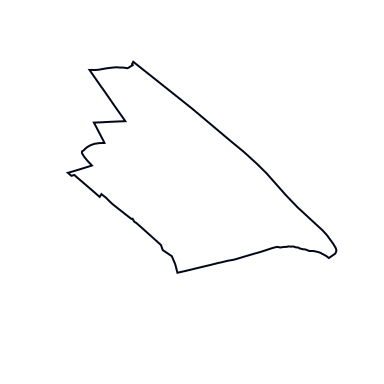 An Minh, Kiên Giang, Vietnam, rotated 124°
{"feature_id": "81297802B42244354568951", "entity_name": "An Minh", "entity_type": "district", "adm_level": 2, "iso_a3": "VNM", "parent_name": "Vietnam", "parent_adm1": "Kiên Giang", "projection": "equal_earth", "projection_center": [104.944, 9.672], "detail": "fine", "context": "isolated", "style": "outline", "palette": "ink", "viewbox_px": 384, "rotation_deg": 124, "n_neighbors": 0, "source": "geoboundaries", "source_scale": "gbopen_adm2", "svg_char_len": 2948}
<svg xmlns="http://www.w3.org/2000/svg" viewBox="0 0 384 384"><g transform="rotate(124 192 192)"><path d="M170.2,41.6L163.0,38.8L161.0,39.1L159.5,39.8L158.2,41.3L156.0,45.9L152.2,56.4L150.8,62.3L145.7,95.8L142.1,112.5L134.8,140.8L132.3,154.1L129.8,171.2L128.2,187.8L127.5,194.6L124.3,224.4L122.8,238.7L119.5,280.3L116.9,313.5L118.4,313.3L119.2,313.3L119.7,313.1L119.8,313.0L119.8,312.8L119.9,312.1L121.2,312.7L122.9,313.5L124.0,313.9L124.5,314.1L125.1,314.5L125.5,314.8L125.9,315.5L126.6,317.2L127.6,319.1L128.4,320.2L129.4,321.8L129.7,322.4L130.6,324.0L131.3,325.0L132.4,326.3L133.6,327.8L136.9,331.6L138.1,332.9L142.1,337.0L143.2,338.2L145.0,340.5L145.9,341.8L146.3,342.5L146.9,343.4L148.1,345.2L149.8,340.9L150.3,339.6L151.1,337.6L155.3,326.7L157.2,321.5L161.5,310.5L163.6,305.2L165.7,299.7L169.9,288.6L170.6,286.9L173.4,290.7L174.7,292.5L179.3,298.7L180.8,300.7L184.0,304.9L189.3,312.1L189.9,311.0L192.3,306.5L193.3,304.8L195.1,301.4L196.8,298.3L198.2,295.7L199.9,292.6L200.3,292.0L203.0,295.8L205.3,298.4L206.6,299.8L209.7,302.1L210.9,302.8L213.7,304.1L216.2,304.8L217.7,305.0L218.5,305.2L218.9,305.5L219.3,305.7L219.7,305.9L220.0,305.8L220.3,305.7L220.7,305.5L221.1,305.1L221.5,304.5L221.7,304.2L223.2,300.8L224.5,296.4L226.0,289.8L228.2,291.5L235.8,297.6L239.6,300.7L240.4,301.4L241.2,302.0L243.7,304.1L244.8,305.0L245.5,305.6L246.0,301.0L243.7,299.1L244.2,295.3L245.9,280.6L247.1,270.7L247.7,265.8L244.4,265.9L244.5,265.3L244.8,260.3L245.8,255.4L246.5,251.1L247.8,233.5L248.2,227.2L247.4,226.3L247.8,225.6L248.8,223.5L248.9,223.1L248.9,222.7L248.9,221.9L248.9,221.6L248.8,221.2L248.8,220.8L248.9,220.1L250.3,209.6L253.3,188.1L256.5,183.8L256.5,172.8L261.2,165.6L267.1,158.9L262.5,154.6L261.9,154.0L256.1,148.7L255.0,147.7L249.1,142.3L242.9,136.6L238.9,133.0L236.1,130.5L234.0,128.4L229.1,124.0L224.5,119.2L223.4,118.3L219.0,114.7L214.6,111.1L210.3,107.5L208.9,106.4L205.7,103.6L204.8,102.9L203.9,102.1L201.1,99.9L199.1,98.3L196.3,96.2L195.2,95.3L193.5,94.0L191.9,92.6L190.3,91.1L189.8,90.5L189.6,90.3L189.5,90.1L189.5,89.9L189.4,89.7L189.1,88.9L188.7,87.9L188.5,87.6L188.3,87.3L188.1,87.2L187.6,86.7L187.2,86.2L186.7,85.7L186.3,85.2L185.8,84.6L185.1,83.6L184.7,83.0L184.5,82.7L184.1,82.5L183.7,82.1L183.2,81.6L183.0,81.2L182.6,80.7L182.4,80.1L181.8,79.2L181.5,78.8L181.0,78.2L180.7,77.8L180.5,77.4L180.3,77.0L180.2,76.5L180.1,76.1L180.0,75.6L179.9,75.2L179.8,74.9L179.6,74.6L179.3,74.1L179.0,73.7L178.9,73.5L178.8,73.2L178.7,72.6L178.6,72.0L178.6,71.5L178.4,71.0L178.2,70.1L177.9,69.3L177.6,68.6L177.5,68.3L177.4,67.9L177.2,67.6L176.9,67.1L176.5,66.4L176.2,65.7L176.0,65.0L175.7,63.5L175.5,62.6L175.3,61.9L175.1,61.5L174.8,61.0L174.6,60.6L174.5,60.4L174.2,60.1L173.8,59.6L173.5,59.0L173.1,58.5L172.9,58.0L172.6,57.5L172.4,56.9L171.9,55.5L171.2,53.8L171.0,53.0L170.8,52.3L170.7,51.8L170.6,51.2L170.5,50.6L170.5,49.5L170.3,48.3L170.2,47.3L170.1,46.3L170.0,45.3L170.0,44.5L170.2,41.6Z" fill="none" stroke="#020617" stroke-width="2"/></g></svg>